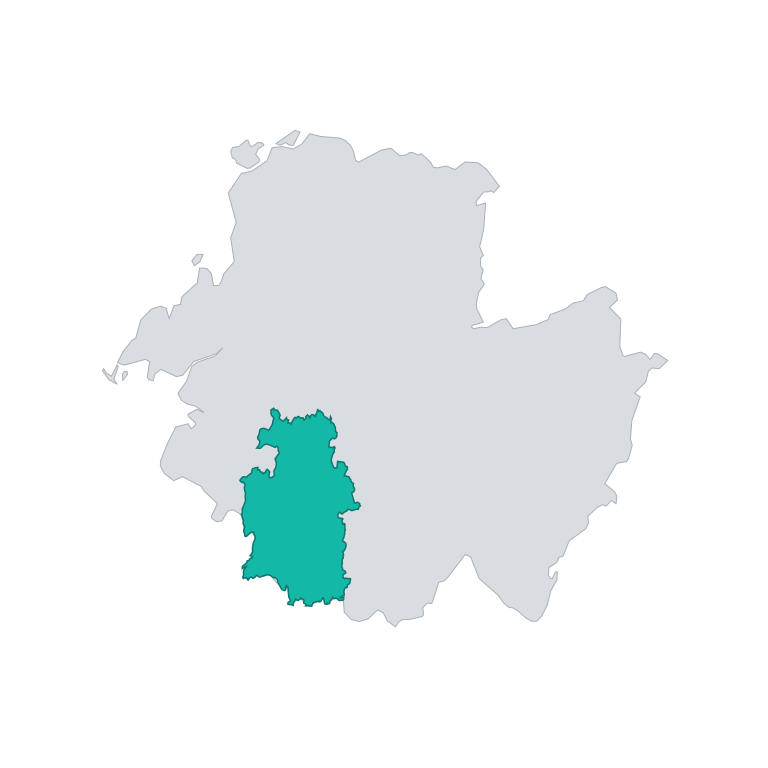 Germany, with Nordrhein-Westfalen highlighted, rotated 295°
{"feature_id": "DEU-1572", "entity_name": "Nordrhein-Westfalen", "entity_type": "State", "adm_level": 1, "iso_a3": "DEU", "parent_name": "Germany", "parent_adm1": "", "projection": "natural_earth1", "projection_center": [7.941, 51.424], "detail": "fine", "context": "in_parent", "style": "filled", "palette": "teal", "viewbox_px": 768, "rotation_deg": 295, "n_neighbors": 0, "source": "natural_earth", "source_scale": "10m", "svg_char_len": 9838}
<svg xmlns="http://www.w3.org/2000/svg" viewBox="0 0 768 768"><g transform="rotate(295 384 384)"><path d="M338.2,628.1L319.9,618.1L303.7,619.1L301.0,615.9L295.5,616.1L287.2,611.0L279.9,614.0L278.1,617.0L278.7,618.7L286.1,618.9L287.1,620.4L279.6,623.5L267.2,622.5L252.7,625.4L240.4,625.0L233.3,622.5L231.4,617.9L231.9,611.1L234.8,602.1L235.6,595.5L234.3,591.3L236.1,585.0L240.8,576.7L247.9,552.5L264.0,535.5L263.7,529.6L235.9,523.6L231.3,521.9L227.4,517.5L205.4,520.1L203.5,515.6L197.7,513.7L191.6,517.3L189.4,516.9L181.0,506.1L178.9,501.1L174.8,497.8L168.8,497.1L170.7,487.2L176.4,479.9L176.5,473.8L164.4,468.8L158.2,461.9L156.7,453.8L160.3,444.5L170.3,438.8L169.1,429.7L160.6,424.9L160.1,423.4L163.7,419.9L151.1,409.6L154.0,399.2L151.9,396.2L146.0,393.9L144.1,390.8L148.4,390.1L158.4,382.9L158.8,381.8L156.0,380.8L155.6,377.8L162.2,362.6L161.9,360.0L156.7,352.7L156.6,350.1L149.3,341.7L149.3,339.0L160.8,333.8L170.6,337.6L174.3,335.3L179.1,335.6L190.8,331.8L194.0,327.2L189.5,323.4L190.0,320.5L203.2,312.1L205.4,308.1L206.3,300.5L204.5,297.9L202.8,296.2L191.4,294.9L188.4,290.5L189.5,284.6L191.4,283.5L205.2,283.6L210.7,266.7L213.9,261.4L214.9,240.5L207.5,234.2L210.3,222.2L215.5,215.8L219.6,214.0L237.3,212.9L256.9,213.4L265.1,223.1L262.1,228.2L266.8,230.5L269.1,229.6L272.0,220.4L273.7,219.0L281.9,225.1L282.1,233.0L284.3,222.2L282.6,214.7L283.7,207.4L288.3,201.2L302.7,203.8L318.6,202.4L324.6,205.3L338.3,219.4L348.6,222.4L340.7,219.4L324.1,202.2L306.8,197.8L303.0,192.9L303.0,175.7L296.5,172.2L289.6,173.4L288.6,169.5L289.7,166.7L305.3,162.1L305.5,157.4L291.4,140.7L290.7,133.4L302.6,133.8L317.1,137.2L320.7,139.6L339.2,136.5L353.4,141.4L360.1,148.5L360.5,154.6L352.4,161.7L366.4,160.7L370.0,165.9L377.6,164.0L396.8,172.0L411.2,167.9L413.9,174.4L411.2,180.9L401.1,187.9L403.4,192.3L406.7,193.2L416.3,192.3L431.6,196.6L451.7,183.3L467.9,181.8L491.3,162.1L514.7,165.8L521.0,174.2L536.7,183.6L550.9,182.8L556.2,191.7L558.8,202.6L567.2,208.3L579.3,210.8L581.7,222.3L588.3,240.4L588.3,246.0L586.3,252.2L582.6,257.4L574.8,263.7L574.4,267.3L594.9,282.8L600.6,290.6L597.6,301.8L601.0,307.3L604.4,309.2L605.8,312.0L606.0,318.5L608.5,320.4L604.9,332.2L601.2,337.1L602.5,341.2L608.0,348.5L608.3,357.7L619.5,363.6L624.2,375.9L621.8,386.4L612.0,405.0L603.9,402.5L604.3,398.6L602.8,398.3L600.1,393.2L588.1,390.3L584.8,392.7L591.0,399.6L566.5,408.9L548.7,412.7L542.5,419.7L539.2,418.3L532.1,421.3L529.2,425.7L520.6,427.1L516.9,432.8L507.5,431.1L496.1,433.6L491.1,436.6L482.1,447.9L474.4,439.2L472.6,439.2L472.1,442.0L476.7,448.3L478.6,453.6L491.9,463.2L494.9,467.2L488.7,477.7L501.9,496.6L511.7,505.5L517.2,505.4L529.3,517.1L537.3,521.2L543.4,529.3L551.2,530.5L563.3,540.3L565.8,543.6L564.5,555.8L558.8,560.1L548.6,556.1L543.0,571.1L517.8,581.8L510.7,588.4L510.7,590.5L521.3,603.1L521.5,608.8L518.6,614.6L525.9,616.2L527.0,619.2L525.2,631.3L514.1,626.9L511.9,620.3L507.3,618.2L496.5,620.4L481.7,614.9L480.6,621.6L455.6,624.1L438.3,630.6L433.3,634.9L419.6,637.1L416.3,636.7L410.4,628.4L387.2,626.2L383.6,638.9L380.6,642.5L373.6,644.9L374.5,639.1L367.3,637.0L366.9,633.2L362.2,629.4L350.2,624.6L345.0,628.0L338.2,628.1ZM549.7,167.6L551.1,172.1L549.8,174.3L543.9,170.6L538.1,170.6L534.8,176.4L532.2,176.7L523.1,171.4L521.6,168.8L522.0,157.0L524.8,154.5L525.1,150.8L530.0,146.9L534.4,146.8L538.0,152.3L546.7,156.0L547.4,157.6L542.9,162.3L544.1,164.8L549.7,167.6ZM576.4,196.2L576.7,201.5L561.8,200.9L560.5,197.0L561.4,193.1L556.4,189.0L556.3,184.5L576.4,196.2ZM274.2,137.0L271.0,142.3L271.6,133.0L277.1,123.1L279.5,123.4L276.4,127.9L275.9,133.6L288.6,134.1L287.2,135.9L274.2,137.0ZM425.0,165.3L417.1,165.4L411.0,162.1L414.7,157.7L422.4,159.8L425.0,165.3ZM286.6,145.9L284.6,147.5L276.9,145.8L282.5,142.8L285.8,143.5L286.6,145.9Z" fill="#d9dde1" stroke="#a8b0b8" stroke-width="1"/><path d="M192.4,318.6L195.5,318.3L196.2,317.8L197.3,316.0L198.4,315.1L200.6,314.4L201.6,313.6L203.4,311.6L205.8,310.4L205.9,310.1L205.8,309.9L207.2,310.0L209.3,309.2L210.7,308.3L217.9,308.1L220.0,307.7L223.6,305.6L226.1,304.9L228.7,302.7L231.2,301.1L232.2,300.9L233.7,301.0L234.4,300.3L235.2,298.5L235.8,298.1L235.3,297.5L234.9,297.3L234.7,296.7L235.4,294.6L235.7,294.2L236.1,294.1L240.1,295.2L240.6,296.0L241.2,298.5L246.2,300.8L246.9,301.5L247.6,301.6L251.0,300.6L251.6,300.7L253.5,302.6L254.9,304.6L255.1,305.0L254.9,305.1L252.8,305.6L253.0,306.4L253.7,307.5L252.1,309.1L252.6,310.5L251.3,312.2L251.7,312.6L253.1,312.8L253.3,313.5L253.7,313.8L256.0,313.7L257.2,314.1L257.4,314.5L256.0,317.6L253.7,317.9L252.4,318.4L250.9,319.5L250.8,319.8L251.9,322.1L255.1,323.3L257.7,321.4L258.5,321.1L260.4,320.9L262.2,321.4L265.9,320.3L267.5,319.4L268.7,318.1L270.4,316.9L277.4,318.3L277.7,318.1L278.7,316.4L281.3,315.0L282.1,314.1L282.4,313.2L280.6,312.2L280.5,311.5L280.4,305.5L279.9,303.3L279.4,302.2L278.7,301.4L277.2,300.5L273.8,299.3L273.2,298.5L272.1,295.7L275.6,296.4L278.5,296.1L279.8,295.5L280.1,295.0L280.6,293.2L282.3,292.0L285.9,292.0L289.9,290.9L291.6,291.7L293.1,293.8L293.2,294.8L293.1,296.3L293.4,297.0L293.2,298.7L293.5,299.2L299.5,299.9L301.2,299.7L303.0,299.1L306.5,298.5L306.9,298.1L307.7,296.2L308.4,295.0L309.8,293.8L312.7,292.6L313.2,292.6L314.3,293.7L315.4,294.2L315.0,295.1L314.1,295.7L315.2,298.6L312.4,302.6L311.1,303.2L308.9,303.2L308.3,304.3L307.6,308.0L307.9,308.5L312.3,309.9L310.7,310.9L310.6,311.2L311.0,312.2L311.0,312.9L309.6,312.9L308.0,313.3L309.0,315.4L309.0,315.9L308.4,316.9L311.9,316.6L316.0,317.2L316.2,317.4L315.9,318.7L317.8,319.5L318.4,320.2L318.5,320.6L317.8,322.1L319.0,324.7L318.9,325.2L317.9,326.0L317.8,326.5L317.6,326.8L320.1,327.8L320.3,327.8L320.5,327.2L321.3,326.9L323.6,327.7L323.0,330.0L322.0,331.0L324.4,331.0L325.7,331.5L326.1,332.1L326.3,333.0L326.2,333.7L325.5,335.5L326.0,335.6L327.8,335.1L330.1,335.2L332.4,334.7L332.8,334.8L331.7,336.5L331.9,336.9L332.8,337.2L332.3,337.8L332.3,339.4L331.4,341.4L330.0,342.3L329.7,343.1L329.2,343.6L329.3,345.9L329.0,346.6L329.1,347.4L328.3,348.2L328.2,348.8L328.3,349.4L328.6,349.9L329.3,349.9L331.8,349.3L330.6,350.8L326.9,351.8L326.2,352.2L327.3,353.1L326.4,355.7L325.1,356.9L324.3,358.1L320.6,360.2L319.9,362.2L318.9,362.2L316.9,363.4L314.5,363.1L313.3,362.2L313.4,361.1L313.2,360.4L312.9,360.1L309.6,358.7L306.6,359.5L303.9,360.6L303.6,360.9L303.5,361.5L304.3,362.6L304.5,364.6L305.8,364.8L306.2,365.2L305.8,366.3L305.5,366.6L303.3,366.7L301.3,367.7L298.8,367.2L296.9,367.6L294.6,367.8L292.2,368.5L291.7,369.2L290.7,369.7L290.4,370.4L287.6,373.0L286.7,374.7L287.6,375.6L288.0,376.5L288.8,376.7L289.4,376.6L290.0,375.9L292.4,375.5L293.8,374.7L294.4,374.8L294.2,375.7L294.8,376.1L295.9,380.0L295.9,380.9L295.8,381.2L293.0,384.1L293.6,385.2L293.5,385.7L291.2,386.9L289.4,386.6L284.0,386.6L283.8,387.1L284.7,388.6L284.6,389.5L285.1,391.4L284.2,392.5L283.2,394.2L282.3,394.7L281.2,396.6L281.0,398.4L279.8,398.5L278.9,399.0L277.3,400.3L277.2,401.2L275.6,402.1L273.3,402.1L272.4,400.9L271.4,400.9L267.9,403.9L266.9,404.5L266.3,405.5L263.5,407.6L263.5,407.9L264.0,408.3L264.0,408.7L265.3,409.5L265.7,410.2L265.3,412.5L264.2,413.0L263.6,414.1L261.5,413.2L259.9,413.7L259.5,413.6L259.1,412.5L258.3,411.2L256.0,408.9L255.5,408.1L255.7,406.1L254.9,403.8L253.5,404.1L250.5,401.8L248.4,401.0L248.4,400.6L249.1,398.0L246.1,397.4L245.4,397.5L243.8,398.8L243.6,399.6L243.9,401.5L244.4,402.6L244.5,403.3L244.3,403.8L242.7,403.5L241.4,404.6L239.5,405.6L240.7,406.8L240.7,407.5L240.4,407.9L239.5,407.7L238.7,408.7L236.4,409.5L235.4,410.7L234.0,410.6L231.9,411.6L227.5,412.6L225.5,412.4L224.3,412.8L223.9,413.1L224.1,413.4L224.1,415.1L223.6,415.9L223.5,416.7L221.8,417.8L218.8,418.5L215.8,418.3L215.2,417.4L214.4,417.2L213.7,418.4L212.0,419.6L211.5,419.8L210.1,419.5L209.4,420.5L208.8,420.7L207.1,420.2L203.8,422.0L200.7,422.8L199.3,424.5L197.8,425.0L198.1,426.7L197.9,428.0L197.2,429.0L196.5,429.1L195.4,428.8L194.4,427.4L191.2,428.4L191.3,429.5L190.8,430.7L192.1,431.6L192.3,433.7L193.3,435.2L193.3,435.7L193.2,436.1L189.0,437.1L188.1,437.0L186.5,435.7L184.6,436.5L184.1,436.5L183.7,436.4L184.1,435.7L183.9,435.5L182.0,434.7L179.0,435.3L176.5,436.8L175.3,437.2L174.6,435.9L173.4,435.3L172.5,434.4L172.1,434.3L171.7,434.7L171.8,435.1L173.6,437.7L172.1,438.4L170.8,438.4L170.7,437.9L168.9,435.3L168.9,434.5L169.6,432.1L169.7,430.9L169.1,430.6L168.6,430.0L168.2,428.7L168.4,428.2L168.9,427.7L165.7,427.3L164.7,426.8L162.1,427.4L160.8,426.0L161.3,425.4L160.2,425.2L160.1,424.9L160.6,424.4L159.7,423.5L160.7,422.3L163.5,420.6L164.5,419.2L164.4,418.8L160.8,418.7L159.7,418.2L159.1,417.3L159.8,416.9L156.6,412.9L155.6,412.1L152.0,412.4L151.7,411.9L151.9,410.5L151.0,410.0L151.2,408.8L150.0,407.5L149.8,406.6L150.6,406.8L151.3,406.2L151.6,405.4L151.4,404.2L151.9,403.6L152.6,403.2L153.8,403.3L154.4,402.7L154.8,401.5L154.3,400.1L154.8,399.0L153.1,398.6L151.5,397.6L151.3,396.1L151.8,395.0L151.7,394.6L149.8,394.8L147.7,394.3L144.9,395.2L144.9,393.5L144.1,391.5L143.8,390.0L145.3,389.3L146.0,389.7L147.3,390.8L148.3,390.8L148.9,390.2L150.0,388.5L150.7,387.8L155.6,384.8L158.6,383.4L159.3,382.6L158.2,381.8L159.9,380.8L158.7,380.5L156.0,381.9L154.8,381.4L154.5,380.1L154.6,378.6L155.1,377.3L156.7,375.5L159.5,371.5L161.4,370.3L161.9,369.7L162.3,367.4L162.6,366.8L161.9,366.1L161.9,364.8L162.6,362.1L162.0,358.7L159.9,356.7L156.4,352.9L156.2,352.1L157.1,349.6L153.6,348.4L152.4,347.2L153.1,345.3L152.6,344.8L150.8,343.9L148.8,343.8L148.9,343.1L150.0,342.1L150.1,340.8L149.5,339.5L148.3,338.8L148.5,338.2L149.3,337.7L151.5,337.4L154.3,336.1L156.4,335.6L160.2,336.4L159.5,335.5L156.9,333.5L158.7,332.7L160.4,333.4L162.1,334.5L163.8,335.0L165.9,334.8L167.1,336.1L169.1,336.4L169.9,336.8L170.1,337.8L172.0,337.4L172.2,336.7L171.8,335.2L175.2,336.0L176.2,336.0L179.7,334.1L184.9,332.7L189.5,332.6L190.9,332.0L192.1,330.8L193.3,329.1L194.4,328.5L194.4,327.2L192.7,325.8L187.4,323.5L187.3,322.5L187.6,321.8L189.3,321.3L190.4,319.7L191.3,319.0L192.4,318.6Z" fill="#14b8a6" stroke="#0f766e" stroke-width="1.5"/></g></svg>